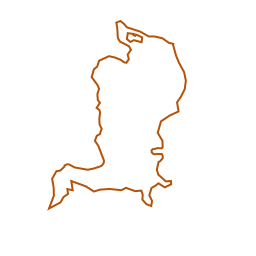 Bekabad, Tashkent, Uzbekistan, rotated 197°
{"feature_id": "79887680B93724335665185", "entity_name": "Bekabad", "entity_type": "district", "adm_level": 2, "iso_a3": "UZB", "parent_name": "Uzbekistan", "parent_adm1": "Tashkent", "projection": "robinson", "projection_center": [69.201, 40.442], "detail": "fine", "context": "isolated", "style": "outline", "palette": "amber", "viewbox_px": 256, "rotation_deg": 197, "n_neighbors": 0, "source": "geoboundaries", "source_scale": "gbopen_adm2", "svg_char_len": 1624}
<svg xmlns="http://www.w3.org/2000/svg" viewBox="0 0 256 256"><g transform="rotate(197 128 128)"><path d="M109.3,221.7L113.9,221.4L121.4,223.9L129.3,223.3L134.9,221.6L144.3,223.7L158.5,224.0L162.5,226.5L166.6,228.1L170.0,225.4L167.5,220.5L164.0,211.1L161.0,208.3L151.0,206.5L148.1,203.7L149.8,198.0L147.3,194.1L148.6,189.9L151.3,189.7L154.6,191.0L161.2,191.6L167.2,191.1L175.3,183.9L175.4,177.8L177.8,174.1L177.6,166.0L170.1,160.5L167.1,157.1L167.2,151.5L165.1,146.1L162.2,143.8L163.9,138.1L160.5,136.8L159.2,134.3L158.1,128.3L156.1,122.9L153.0,119.6L153.1,114.0L155.6,111.3L155.9,106.1L151.2,102.3L141.5,89.9L141.0,87.7L141.7,85.0L143.0,83.4L148.8,79.3L154.3,76.3L167.4,74.7L173.7,75.9L175.8,75.4L177.7,73.6L177.5,72.4L180.4,67.4L183.8,65.8L185.7,57.3L181.6,49.1L179.1,41.6L180.0,27.9L170.8,37.1L169.5,43.0L166.1,47.5L168.1,51.8L162.7,52.4L166.7,60.7L151.4,59.9L142.0,57.3L136.9,60.8L128.1,64.2L116.2,66.6L112.4,70.2L102.9,69.7L96.9,72.0L94.4,68.5L93.3,63.7L88.0,60.5L83.0,60.2L83.7,65.4L87.9,69.8L88.0,77.5L84.7,81.1L82.7,84.0L75.5,82.0L70.3,86.8L71.5,89.9L76.1,88.0L81.4,90.4L85.4,92.3L88.3,96.7L88.8,104.4L87.5,105.7L86.0,109.3L86.6,111.4L88.1,113.0L91.1,112.1L91.8,112.0L94.8,110.6L96.5,110.7L98.3,111.8L98.9,113.8L98.1,115.0L95.3,116.4L94.2,117.3L89.8,118.4L89.3,119.9L91.3,125.8L98.2,132.1L98.4,144.0L91.7,152.2L84.5,158.6L88.6,166.9L86.5,173.6L85.1,181.6L86.5,190.2L90.6,197.7L98.3,205.3L103.4,211.5L109.2,220.7L109.3,221.7ZM155.1,212.8L155.9,218.6L150.0,219.6L149.9,218.4L148.0,218.3L147.6,219.7L140.9,218.8L140.1,214.0L148.0,213.7L151.0,211.0L155.1,212.8Z" fill="none" stroke="#b45309" stroke-width="2"/></g></svg>